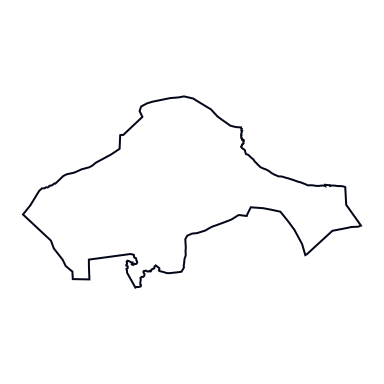 the district of Argungu, Kebbi, Nigeria
{"feature_id": "59680162B80605638185127", "entity_name": "Argungu", "entity_type": "district", "adm_level": 2, "iso_a3": "NGA", "parent_name": "Nigeria", "parent_adm1": "Kebbi", "projection": "mercator", "projection_center": [4.517, 12.694], "detail": "fine", "context": "isolated", "style": "outline", "palette": "ink", "viewbox_px": 384, "rotation_deg": 0, "n_neighbors": 0, "source": "geoboundaries", "source_scale": "gbopen_adm2", "svg_char_len": 5166}
<svg xmlns="http://www.w3.org/2000/svg" viewBox="0 0 384 384"><path d="M184.0,96.4L178.6,97.4L170.1,98.1L152.5,101.7L147.2,103.3L141.1,106.5L139.6,111.1L142.4,116.9L123.3,134.9L121.1,135.0L120.2,135.2L119.6,148.6L119.6,148.8L111.1,154.5L96.2,162.5L93.6,164.5L92.8,165.3L89.5,167.2L81.4,169.4L78.9,170.6L74.0,172.7L66.6,174.3L63.3,176.0L55.4,183.6L54.4,183.4L52.5,185.0L51.2,185.6L50.0,185.6L48.9,186.4L48.5,187.1L47.5,187.4L46.0,187.3L44.5,188.3L41.9,188.4L39.1,191.0L30.3,205.4L23.0,214.5L51.0,240.7L53.8,248.4L62.7,259.8L65.7,266.0L72.4,271.6L72.8,279.1L89.4,279.4L88.9,265.7L88.9,259.6L130.5,254.0L133.8,254.8L134.0,255.8L134.2,257.3L134.7,257.8L135.9,258.1L136.2,259.3L136.5,260.7L137.0,261.4L137.2,262.5L136.5,263.7L135.5,264.1L134.5,263.8L133.8,264.5L133.3,264.9L132.3,264.7L131.7,264.3L131.8,263.7L132.6,263.1L132.6,262.4L131.7,262.4L130.9,262.2L129.8,261.6L128.7,261.0L127.5,260.7L126.7,261.5L127.0,262.2L126.8,262.9L127.1,263.8L126.2,265.1L126.5,265.7L127.6,266.2L127.8,267.8L127.4,268.4L126.5,268.7L126.6,269.6L127.0,271.1L127.1,272.8L135.4,287.6L136.6,287.0L138.2,287.0L139.5,286.8L140.7,286.4L141.0,285.0L140.2,284.1L140.3,282.6L140.7,280.0L140.5,277.8L141.3,277.4L141.7,276.8L142.4,276.8L143.2,276.9L144.1,276.1L144.4,275.3L144.4,274.6L144.4,273.7L143.6,272.8L143.5,271.7L143.6,271.2L144.4,271.0L145.5,270.7L146.1,270.7L146.7,271.3L147.6,271.4L149.0,271.5L149.2,271.1L149.9,270.8L150.5,271.0L150.8,271.3L151.1,270.9L151.3,270.5L151.4,269.7L152.2,269.2L152.7,268.8L153.4,268.8L154.3,268.3L154.4,267.5L154.4,266.7L155.1,265.9L155.7,265.4L157.1,266.5L158.7,267.6L159.3,268.3L159.4,269.2L159.2,269.5L158.9,270.6L159.9,271.2L161.4,271.5L164.4,272.3L166.1,272.9L167.4,273.1L169.0,273.2L171.8,272.9L177.5,272.3L181.5,271.7L183.9,267.6L183.7,265.7L184.1,263.4L184.5,259.0L185.7,255.5L185.7,253.1L185.5,251.8L185.8,247.5L185.3,239.2L187.2,235.7L192.1,233.6L197.1,233.1L205.1,230.6L209.6,228.0L212.6,226.5L217.0,225.0L224.3,222.3L231.3,219.6L238.3,215.2L239.8,215.1L246.7,216.0L247.4,214.1L250.8,207.3L263.3,208.2L271.1,209.7L280.4,211.7L288.6,221.9L294.5,230.0L302.1,244.1L305.3,255.1L306.8,254.3L332.4,230.8L345.8,228.2L351.5,227.0L358.1,226.7L361.0,225.6L346.2,204.8L345.6,193.5L345.3,188.4L345.3,187.2L344.8,186.9L343.8,186.6L343.2,186.4L342.4,186.3L341.2,186.1L340.4,186.1L339.0,186.0L338.0,186.1L336.9,186.0L336.1,185.8L335.2,185.7L334.2,185.6L333.1,185.5L331.9,185.5L330.9,185.8L330.1,186.0L330.0,185.2L326.7,185.0L326.2,184.9L325.1,184.8L325.3,186.1L325.1,186.0L324.6,185.9L324.1,185.7L323.6,185.6L323.0,185.5L322.5,185.5L322.1,185.5L321.6,185.6L321.1,185.7L320.5,185.7L319.9,185.8L319.2,185.9L318.6,185.9L318.0,186.0L317.3,185.9L316.8,185.9L316.4,185.9L315.8,185.8L315.2,185.7L314.2,185.6L313.1,185.4L312.3,185.3L311.6,185.3L310.4,185.2L309.7,185.3L308.4,185.3L307.9,185.3L307.5,185.2L307.1,185.0L306.1,184.5L304.9,184.0L301.0,182.5L300.1,182.2L299.6,182.1L299.1,182.0L297.8,181.6L294.7,180.5L293.1,179.9L290.8,179.2L289.9,178.9L289.1,178.6L288.8,178.5L288.2,178.3L287.5,178.2L287.0,178.0L286.6,177.9L285.9,177.8L285.4,177.6L285.0,177.5L284.4,177.3L283.9,177.1L283.3,176.9L282.8,176.8L282.3,176.7L281.8,176.6L281.3,176.5L280.8,176.4L280.2,176.4L279.5,176.4L279.0,176.4L278.6,176.4L278.3,176.3L277.9,176.1L277.4,175.9L276.8,175.6L276.0,175.3L274.8,174.8L274.0,174.4L273.6,174.2L272.8,173.7L271.9,173.3L270.8,172.5L270.0,171.8L268.7,170.9L267.1,170.0L265.6,169.3L263.6,168.6L262.3,168.0L261.5,167.7L260.7,167.3L260.1,166.9L259.6,166.4L259.1,165.8L258.3,165.1L257.5,164.3L256.4,163.1L255.0,161.8L254.4,161.0L254.0,160.4L253.8,160.0L253.5,159.6L253.2,159.3L252.8,158.9L252.0,158.4L251.4,157.8L250.8,157.2L250.1,156.7L249.5,156.0L248.9,155.4L248.4,155.0L248.1,154.8L247.9,154.7L247.2,154.5L246.5,154.2L245.9,154.0L245.7,153.2L245.3,152.1L244.9,150.2L241.5,147.6L241.1,146.5L241.4,146.3L241.6,146.2L241.9,145.7L242.0,145.6L242.0,145.3L242.1,145.0L242.1,144.9L242.0,144.7L242.1,144.4L242.3,144.3L242.5,144.2L242.8,144.2L243.0,144.1L243.1,143.9L243.2,143.7L243.3,143.4L243.5,143.2L243.4,143.0L243.3,142.9L243.3,142.6L243.4,142.4L243.5,142.2L243.6,141.9L243.7,141.7L243.5,141.3L243.7,141.1L243.7,140.9L243.6,140.6L243.8,140.4L243.8,140.2L243.6,140.1L243.4,140.1L243.3,139.8L243.1,139.7L243.0,139.8L242.9,140.0L242.7,140.2L242.4,140.2L242.1,139.9L242.0,139.7L242.2,139.4L242.1,139.2L241.9,138.8L241.9,138.7L242.0,138.5L242.0,138.4L241.9,138.2L241.7,138.2L241.4,138.1L241.4,137.9L241.4,137.6L241.2,137.4L241.2,137.2L241.3,137.0L241.3,136.8L241.2,136.6L241.2,136.3L241.2,136.1L241.1,135.9L241.1,135.7L241.3,135.5L241.4,135.4L241.4,135.2L241.5,135.1L241.4,134.9L241.2,134.7L241.1,134.3L241.1,134.2L241.3,134.0L241.4,133.8L241.4,133.7L241.5,133.3L241.5,133.2L241.6,132.8L241.6,132.6L241.7,132.4L241.7,132.1L241.7,131.9L241.8,131.8L241.8,131.7L241.9,131.4L241.9,131.2L242.0,130.9L242.2,130.7L242.0,130.4L241.7,130.5L241.4,130.4L241.5,130.2L241.6,129.9L241.6,129.6L241.5,129.3L241.5,129.2L241.6,128.9L241.7,128.7L241.3,128.5L241.2,128.4L241.0,128.2L240.9,128.1L240.8,127.8L240.7,127.7L240.8,127.7L240.9,127.4L236.2,127.1L233.5,126.5L230.2,125.6L222.3,120.0L217.4,116.4L211.0,109.4L199.4,102.4L193.1,98.5L184.0,96.4Z" fill="none" stroke="#020617" stroke-width="2"/></svg>